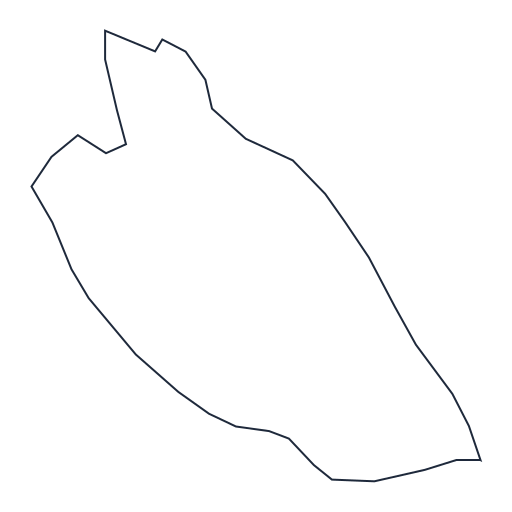 outline of Pano Polemidia, Limassol, Cyprus
{"feature_id": "46923920B12019442550554", "entity_name": "Pano Polemidia", "entity_type": "district", "adm_level": 2, "iso_a3": "CYP", "parent_name": "Cyprus", "parent_adm1": "Limassol", "projection": "robinson", "projection_center": [32.992, 34.711], "detail": "fine", "context": "isolated", "style": "outline", "palette": "slate", "viewbox_px": 512, "rotation_deg": 0, "n_neighbors": 0, "source": "geoboundaries", "source_scale": "gbopen_adm2", "svg_char_len": 583}
<svg xmlns="http://www.w3.org/2000/svg" viewBox="0 0 512 512"><path d="M480.5,460.1L468.9,426.0L452.4,393.9L415.9,344.7L394.8,306.7L368.9,257.5L345.1,222.1L325.2,193.9L292.8,160.4L245.8,138.8L212.0,108.6L205.4,79.8L185.6,51.6L162.3,39.5L155.1,51.4L105.1,30.7L105.1,59.5L116.9,110.0L126.0,144.2L106.0,153.2L77.8,135.2L51.5,156.8L31.5,186.5L52.4,222.5L71.5,269.3L88.7,298.2L135.8,354.5L178.3,391.9L209.1,413.8L235.9,426.5L269.1,431.1L288.9,438.6L313.9,465.1L331.9,479.6L374.4,481.3L425.0,469.8L456.4,460.0L480.3,460.0L480.5,460.1Z" fill="none" stroke="#1e293b" stroke-width="2"/></svg>